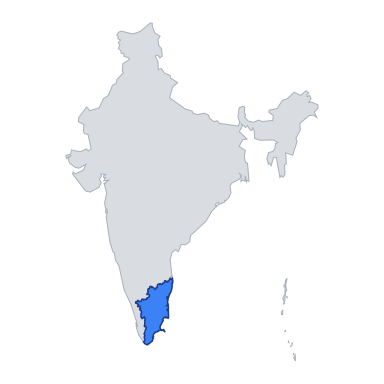 location of Tamil Nadu within India
{"feature_id": "IND-3263", "entity_name": "Tamil Nadu", "entity_type": "State", "adm_level": 1, "iso_a3": "IND", "parent_name": "India", "parent_adm1": "", "projection": "equal_earth", "projection_center": [78.435, 10.806], "detail": "fine", "context": "in_parent", "style": "filled", "palette": "blue", "viewbox_px": 384, "rotation_deg": 0, "n_neighbors": 0, "source": "natural_earth", "source_scale": "10m", "svg_char_len": 9167}
<svg xmlns="http://www.w3.org/2000/svg" viewBox="0 0 384 384"><path d="M65.9,155.4L70.8,154.1L71.4,150.0L80.3,151.8L86.3,148.9L88.3,150.9L91.2,149.0L88.0,134.3L84.7,133.8L83.3,131.4L83.9,124.5L78.5,121.8L78.8,117.4L86.6,107.0L89.9,110.7L99.2,107.8L103.4,98.7L108.3,95.5L112.5,85.2L116.2,83.4L117.0,79.5L123.4,72.7L122.4,71.0L122.8,63.9L129.4,59.5L128.6,57.7L124.0,56.3L123.9,53.4L121.3,53.3L120.9,50.8L118.4,48.6L119.7,45.0L118.3,42.6L120.6,40.1L117.8,38.7L118.4,36.9L116.9,35.4L118.3,32.3L121.2,31.1L132.9,34.0L140.3,31.4L150.3,23.0L152.4,23.2L152.1,25.7L154.7,32.8L160.1,36.2L158.0,39.4L158.7,45.1L161.5,48.8L162.2,56.3L159.7,57.9L157.8,55.2L155.2,56.0L158.1,62.3L158.2,69.5L161.3,68.6L164.6,73.2L170.2,75.5L170.5,78.0L177.5,82.6L172.4,87.5L169.6,97.8L185.0,108.8L192.1,111.1L192.6,112.9L197.4,114.6L204.3,113.2L208.8,115.4L209.5,118.4L214.4,121.7L217.2,120.7L219.2,123.4L238.3,126.0L239.7,122.0L238.0,117.3L239.1,107.9L242.8,106.2L244.7,107.2L244.4,112.8L245.7,115.2L244.5,116.8L248.1,121.0L253.5,122.3L258.5,120.1L261.9,121.5L272.7,120.5L273.3,115.5L268.9,112.4L269.2,110.1L277.0,108.7L282.6,100.1L286.9,99.0L294.0,92.3L300.7,95.4L305.9,90.8L308.8,93.0L306.9,94.9L307.2,96.8L309.6,95.3L311.1,98.6L308.7,102.6L311.5,102.0L317.8,104.8L318.1,108.0L314.4,112.1L316.7,117.5L313.3,115.0L308.7,115.8L299.9,123.5L300.3,129.9L295.9,138.3L297.1,141.5L292.7,155.1L285.6,152.9L286.4,163.9L284.6,165.0L284.9,174.5L282.9,177.3L281.1,175.6L279.9,177.4L276.3,157.4L273.6,157.4L271.1,165.7L269.4,163.1L268.4,164.2L266.9,158.6L268.5,152.6L272.9,151.4L274.8,148.9L275.6,143.4L277.7,142.7L274.0,140.0L260.0,140.2L254.6,138.6L254.3,131.1L252.9,127.9L251.9,130.3L250.4,130.3L247.2,125.6L245.6,127.5L241.5,123.9L242.2,126.1L239.3,131.7L247.0,139.0L242.7,139.8L239.1,146.4L245.3,150.5L244.2,157.5L245.7,162.4L247.5,163.2L249.0,181.3L247.3,180.2L246.4,182.1L245.3,175.7L244.9,181.2L242.3,180.0L240.9,181.5L241.4,175.5L239.1,172.8L241.1,175.8L239.3,179.2L231.9,183.1L229.8,186.2L231.0,192.6L229.1,197.1L225.9,200.8L224.7,200.2L224.5,202.1L218.8,204.5L218.2,202.2L215.9,203.7L215.3,205.7L217.7,205.3L211.8,211.3L206.0,221.2L190.6,235.5L189.7,241.9L185.3,244.7L181.1,244.6L178.4,251.6L175.4,249.9L172.2,252.1L170.1,259.8L172.4,279.0L171.1,276.2L170.2,277.5L172.8,280.5L167.0,305.3L168.4,306.7L168.3,317.4L163.6,318.2L160.2,326.6L160.9,329.4L164.4,331.1L160.5,330.2L155.5,332.2L153.4,334.8L152.2,341.0L147.3,344.7L143.2,341.8L138.6,334.7L136.5,328.0L135.8,322.2L137.7,326.9L136.7,322.2L131.1,304.7L124.2,290.1L119.2,266.8L115.4,259.8L114.4,252.8L113.1,252.2L110.1,243.1L106.2,217.0L107.4,212.5L107.2,210.9L105.9,213.0L105.7,211.8L105.8,209.2L107.3,209.4L105.6,208.4L104.6,202.9L106.7,192.9L104.4,184.6L105.4,183.4L104.3,183.5L108.8,180.1L103.8,180.8L105.2,177.5L103.6,177.5L103.9,175.3L106.2,174.4L100.7,174.0L101.5,176.1L99.3,179.3L101.2,182.7L99.0,187.2L90.2,192.1L85.5,190.9L72.5,173.8L73.2,172.0L75.2,173.8L83.1,170.4L86.0,164.4L78.7,168.2L75.0,167.2L69.8,163.2L68.0,158.7L71.2,155.4L66.4,158.4L65.9,155.4ZM284.5,302.6L282.7,298.5L284.9,294.2L285.3,280.5L287.1,278.3L285.6,285.6L286.7,290.4L285.6,291.7L284.5,302.6ZM295.2,355.0L295.4,361.0L293.8,357.7L295.2,355.0ZM282.7,314.5L281.5,314.6L281.3,312.1L282.7,310.4L282.7,314.5ZM291.1,345.5L291.0,347.2L290.7,345.6L291.1,345.5ZM292.5,343.1L292.0,345.4L292.1,342.9L292.5,343.1ZM294.0,352.9L293.6,354.7L293.2,354.0L294.0,352.9ZM285.7,331.4L284.9,331.5L285.3,330.5L285.7,331.4ZM284.2,303.5L283.4,304.4L283.8,302.9L284.2,303.5ZM287.0,296.5L287.5,298.2L286.5,296.9L287.0,296.5ZM288.9,342.6L288.2,342.3L288.5,341.4L288.9,342.6ZM284.2,285.5L283.9,287.3L284.1,285.3L284.2,285.5Z" fill="#d9dde1" stroke="#a8b0b8" stroke-width="1"/><path d="M168.4,311.4L168.4,314.1L168.5,314.6L168.5,316.7L168.5,317.7L168.4,317.8L167.9,318.0L167.7,317.9L167.8,317.7L167.6,317.5L166.4,317.3L166.3,317.5L166.7,317.5L167.1,317.8L167.6,317.8L167.7,318.0L165.7,317.6L166.2,317.3L166.2,317.2L165.8,317.2L165.5,317.2L165.5,317.3L164.9,317.5L164.7,317.5L164.3,317.3L163.5,318.0L163.2,318.4L163.1,318.9L163.0,319.0L162.8,319.3L162.9,320.2L163.0,320.6L163.2,320.8L162.9,321.2L162.5,321.6L162.0,322.6L161.8,323.1L161.6,323.4L161.6,323.7L161.1,324.4L160.5,325.3L160.5,325.7L160.2,326.1L160.1,326.6L160.0,327.2L159.9,327.7L160.0,327.9L160.1,328.4L160.4,328.8L161.1,329.6L161.4,329.8L161.8,329.9L163.0,330.0L163.6,329.5L163.8,329.6L163.7,330.1L163.9,330.5L164.8,331.5L164.7,331.6L164.0,330.9L163.4,330.4L162.2,330.1L161.9,330.3L161.5,330.4L161.0,330.1L160.6,330.1L160.3,330.1L160.1,330.4L159.8,330.4L159.3,330.5L159.0,330.7L158.7,330.8L158.3,331.2L157.8,331.2L157.7,331.3L157.5,331.6L157.4,331.7L156.1,331.9L155.7,332.0L155.4,332.3L153.8,333.9L153.6,334.2L153.3,335.0L153.2,336.0L153.1,336.5L153.3,336.3L153.5,336.3L153.6,336.0L153.6,336.3L153.5,336.5L153.2,336.7L153.1,337.1L152.9,337.4L152.9,337.5L153.0,337.6L152.7,337.6L152.9,338.0L153.0,338.4L152.8,339.7L152.7,340.0L152.4,340.4L152.2,341.2L151.7,341.5L149.9,342.9L149.6,343.5L149.4,343.5L148.4,343.8L148.0,344.0L147.7,344.3L147.7,344.7L147.2,344.7L146.7,344.6L145.5,344.1L145.2,343.8L144.6,343.4L143.6,342.2L143.9,342.1L144.1,342.0L144.1,341.4L144.6,340.6L144.5,340.1L144.5,339.8L144.6,340.0L144.8,339.9L145.0,339.6L145.1,339.2L145.0,338.9L144.4,338.2L144.3,337.9L144.2,337.1L144.7,336.1L144.9,335.3L144.8,335.1L144.4,334.8L144.1,333.5L144.5,333.0L144.7,332.7L144.9,332.0L145.4,329.8L145.7,329.3L146.0,328.2L146.3,327.8L146.3,327.5L146.2,327.4L145.7,326.4L145.4,326.4L145.0,326.7L144.8,326.7L144.7,326.4L144.4,326.3L144.3,326.2L144.8,324.0L144.7,322.8L145.0,321.9L144.7,320.5L145.1,319.2L145.2,318.8L144.9,318.5L144.8,317.8L144.5,317.2L144.4,317.0L143.3,317.6L142.8,318.2L142.4,318.5L142.2,318.6L141.9,318.4L141.6,317.9L141.2,317.5L141.2,316.7L141.0,316.4L140.9,316.0L140.9,315.6L141.0,315.2L141.1,314.6L141.0,313.6L141.1,313.3L141.4,313.2L141.5,313.0L141.5,312.4L141.6,311.8L141.6,311.6L141.3,311.4L141.1,310.7L140.6,310.3L140.0,310.1L139.7,309.7L139.7,309.2L139.8,308.7L140.0,308.6L140.4,308.8L140.5,308.7L140.4,308.3L140.1,307.4L139.8,307.0L140.0,306.5L140.0,306.2L139.4,306.6L138.5,306.7L138.1,306.5L137.8,306.6L137.7,306.6L137.6,306.3L137.9,305.8L138.4,305.3L138.5,305.0L138.3,304.8L138.0,304.3L137.7,304.2L137.3,303.8L136.3,303.4L135.9,303.3L135.8,303.1L135.7,302.7L135.8,302.3L135.7,302.0L135.8,301.8L136.0,301.8L136.3,302.0L136.7,301.9L137.0,301.4L137.4,301.2L137.6,300.6L137.8,300.4L138.0,300.4L138.4,300.5L138.5,300.7L138.6,301.3L138.8,301.4L139.1,301.5L140.4,301.3L141.0,301.5L141.1,301.3L141.3,300.6L141.5,300.1L141.9,299.3L142.4,299.2L142.6,299.1L142.8,299.1L143.4,299.9L143.5,300.0L143.8,299.5L143.8,299.4L144.2,299.4L144.7,299.4L145.0,299.2L145.4,299.3L145.7,299.6L146.3,299.5L146.6,299.3L146.8,298.4L147.1,297.9L147.3,297.7L148.5,297.5L148.7,297.3L149.2,296.3L149.5,295.9L149.6,295.5L149.3,294.9L149.0,294.6L148.7,294.5L147.0,294.5L147.0,294.4L147.0,294.2L146.9,294.0L146.9,293.8L147.0,293.5L147.4,293.2L147.7,292.9L148.1,292.1L148.3,291.1L148.2,291.0L147.9,291.0L147.9,290.6L147.8,290.2L148.0,289.4L148.2,288.8L148.4,288.7L148.9,288.8L149.6,288.3L149.5,287.8L149.8,287.1L149.9,286.6L150.3,286.4L150.8,286.4L151.0,286.5L151.4,287.1L151.6,287.2L151.8,287.1L152.0,286.7L152.9,287.4L153.2,287.6L153.8,287.8L154.2,288.5L154.4,288.8L154.9,289.2L155.2,289.3L155.5,289.3L155.7,289.2L156.1,288.6L156.2,287.9L156.4,288.1L156.5,288.1L156.9,287.6L157.2,286.7L157.4,285.7L157.5,285.0L157.6,284.7L158.0,284.5L158.2,284.2L159.4,283.9L159.5,283.9L159.6,284.4L159.8,284.4L160.0,284.2L160.1,283.8L160.3,283.7L160.7,283.8L160.8,284.2L161.1,284.2L161.4,284.4L162.1,284.3L162.3,284.2L162.9,283.1L163.2,283.1L163.3,283.3L163.5,283.3L164.1,282.5L164.5,282.2L164.5,281.6L164.6,281.4L164.6,281.0L164.7,280.8L164.9,280.8L165.2,280.7L165.5,280.8L165.9,281.5L166.8,281.4L166.9,281.8L167.0,282.0L167.7,282.2L167.8,281.9L167.5,281.6L167.5,281.3L167.6,281.2L167.9,281.3L168.0,281.3L168.5,281.0L169.3,280.4L169.3,279.9L169.4,279.7L169.7,279.3L170.1,279.1L170.1,278.8L169.9,278.5L170.0,278.4L170.4,278.6L170.6,278.7L170.7,278.8L170.6,279.2L170.6,279.3L171.0,279.3L171.5,279.4L172.1,279.2L172.0,279.4L172.4,279.9L172.5,279.7L172.8,280.6L172.7,281.9L172.5,282.3L172.7,282.2L172.7,282.5L172.4,283.1L172.5,283.6L172.3,284.0L172.1,285.4L172.1,286.9L172.0,287.7L171.8,288.4L171.8,288.8L171.5,289.5L171.3,290.5L171.1,291.2L170.6,292.6L170.2,292.9L169.9,293.6L169.8,293.9L169.3,294.2L169.2,294.3L169.3,294.4L169.8,294.0L169.1,295.4L168.8,296.1L168.5,296.5L168.5,297.2L168.4,297.5L168.1,297.6L167.8,298.0L167.7,298.0L167.5,297.7L167.6,297.4L167.6,297.2L167.2,297.3L166.9,297.0L166.7,297.3L166.9,297.5L167.0,297.9L167.1,298.0L167.0,298.6L167.3,298.9L168.0,299.0L167.9,299.5L167.8,299.8L167.5,302.1L167.5,302.6L167.7,303.5L167.8,303.9L167.9,303.6L168.0,303.6L168.1,304.4L168.1,304.5L167.6,304.5L166.9,305.3L166.8,305.5L167.0,305.4L167.5,305.0L167.6,304.8L167.7,304.7L168.2,304.9L168.2,305.9L168.4,307.2L168.4,309.0L168.4,309.4L168.0,309.3L167.8,309.5L167.4,309.3L167.4,309.5L167.4,309.8L167.2,309.7L167.1,309.8L167.1,310.1L167.2,310.3L167.4,310.4L167.5,310.5L168.0,310.7L167.9,311.0L168.1,311.2L168.1,311.3L168.4,311.4ZM172.3,278.5L172.5,279.1L172.5,279.5L172.4,279.5L172.2,278.7L172.3,278.5Z" fill="#3b82f6" stroke="#1e3a8a" stroke-width="1.5"/></svg>